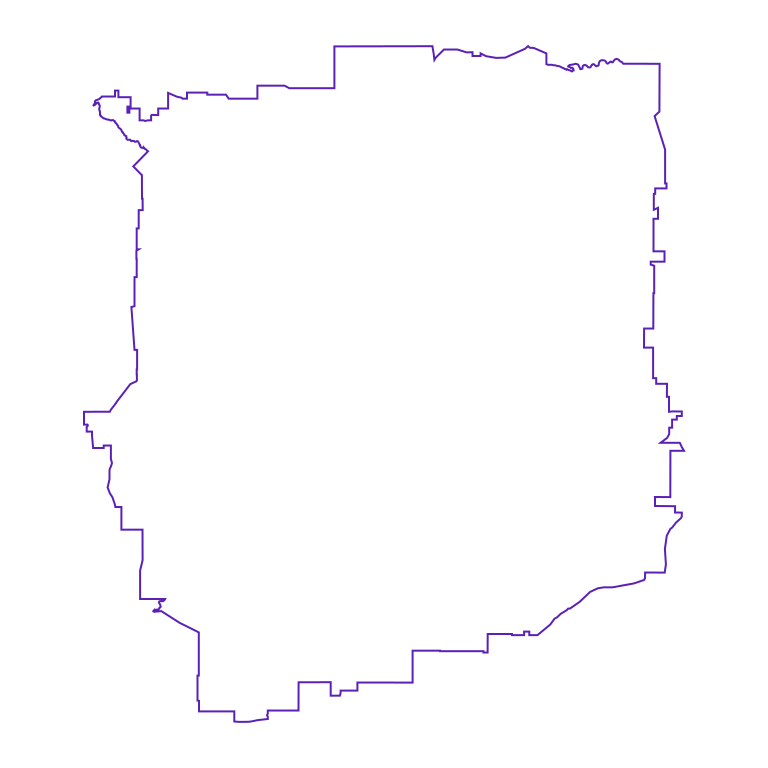 Kojonup, Western Australia, Australia (Natural Earth projection)
{"feature_id": "25037944B18898865249121", "entity_name": "Kojonup", "entity_type": "district", "adm_level": 2, "iso_a3": "AUS", "parent_name": "Australia", "parent_adm1": "Western Australia", "projection": "natural_earth1", "projection_center": [116.95, -33.925], "detail": "fine", "context": "isolated", "style": "outline", "palette": "violet", "viewbox_px": 768, "rotation_deg": 0, "n_neighbors": 0, "source": "geoboundaries", "source_scale": "gbopen_adm2", "svg_char_len": 5906}
<svg xmlns="http://www.w3.org/2000/svg" viewBox="0 0 768 768"><path d="M199.0,711.4L234.3,711.4L234.3,721.5L239.2,721.9L248.3,721.8L251.6,721.4L257.8,720.1L267.8,719.0L267.8,716.7L267.0,715.2L267.8,713.6L267.8,710.5L298.5,710.5L298.6,682.3L330.7,682.2L330.7,695.7L339.9,695.7L340.6,692.9L340.6,690.6L357.4,690.6L357.4,682.5L412.6,682.6L412.6,650.7L440.1,650.7L440.1,651.2L483.5,651.2L483.5,652.5L487.6,652.5L487.7,634.0L512.0,634.0L512.0,635.1L524.1,635.1L524.1,631.6L529.3,631.6L529.3,635.1L537.5,635.1L550.3,624.5L554.6,618.6L557.1,617.3L560.5,614.0L566.8,610.1L568.1,608.6L569.9,608.6L579.6,601.9L590.1,591.9L597.8,588.3L604.0,587.3L612.7,587.3L634.0,583.4L644.0,580.0L645.0,578.4L645.1,572.5L664.7,572.6L665.9,564.4L664.9,548.9L666.8,535.6L670.3,529.0L672.3,527.4L676.0,522.6L680.8,518.3L681.5,517.3L681.8,516.0L681.8,512.6L675.0,512.5L675.1,506.2L655.0,506.0L655.0,497.4L656.0,497.2L655.8,497.0L670.3,497.1L670.4,450.8L684.0,450.8L681.7,446.9L679.8,442.8L660.6,442.8L667.2,437.8L669.2,434.0L669.2,427.7L672.1,427.7L672.1,419.6L676.8,419.6L676.8,416.0L681.8,416.0L681.8,411.5L672.3,411.4L669.0,411.8L669.0,396.8L666.9,396.8L667.0,383.8L656.2,383.8L656.2,378.1L653.1,378.1L653.1,347.6L644.0,347.6L644.1,328.5L653.3,328.5L653.4,293.2L654.2,293.2L654.2,265.7L650.7,264.6L650.7,261.7L664.5,261.7L664.5,251.3L653.5,251.3L653.5,218.8L658.0,218.8L658.0,207.8L653.8,209.8L653.8,194.0L653.9,193.8L655.2,193.8L655.2,188.4L666.5,188.4L666.5,183.4L665.1,183.4L665.1,149.6L654.6,116.1L659.4,111.6L659.6,63.8L623.2,63.7L621.6,61.8L620.4,61.5L619.5,60.8L618.6,59.6L616.8,58.9L615.4,59.2L614.9,59.5L613.4,61.2L612.8,62.3L611.6,62.2L611.1,61.7L610.6,61.6L610.1,61.8L608.4,63.3L607.6,63.6L606.6,63.2L606.3,62.2L605.4,61.0L604.4,60.5L601.9,60.1L600.1,60.9L599.2,62.1L598.9,63.2L598.6,65.3L598.3,65.6L597.3,65.8L596.6,66.2L596.0,66.1L593.8,64.2L593.2,64.1L592.6,64.4L592.3,64.8L591.9,64.8L590.6,67.0L590.3,67.3L589.7,67.5L588.0,67.2L586.5,65.5L585.5,65.1L584.5,65.2L584.2,65.0L583.3,65.5L582.7,66.3L582.4,68.6L581.1,69.1L580.3,69.1L580.0,68.7L579.9,68.2L579.6,67.2L579.2,66.8L578.4,65.0L578.1,64.6L576.9,64.1L575.8,63.8L575.4,63.8L573.5,64.4L569.7,65.0L569.2,65.3L568.3,66.1L568.2,66.5L569.8,67.1L570.8,67.9L572.0,67.7L572.4,67.8L573.3,68.8L573.3,69.4L573.5,69.8L573.6,70.4L572.6,70.4L572.2,71.3L571.6,71.4L570.5,70.6L568.1,69.8L567.2,69.2L566.9,69.3L566.5,69.7L566.0,69.2L564.9,69.1L563.7,68.2L562.4,67.8L560.8,66.9L559.2,66.2L557.8,66.1L555.6,65.4L553.3,65.2L552.1,64.8L548.1,64.8L546.4,64.2L546.4,53.4L533.9,48.0L529.7,47.7L528.1,46.1L525.0,48.8L505.4,57.6L496.2,57.9L486.1,56.2L480.6,53.4L480.6,56.0L472.5,56.0L472.5,52.2L466.7,52.4L457.3,49.5L444.0,49.5L435.8,57.6L434.4,59.9L433.7,53.9L432.4,46.2L334.4,46.4L334.4,88.2L289.3,88.2L284.6,85.7L257.4,85.7L257.4,98.7L228.7,98.7L226.0,94.7L207.5,94.7L207.3,94.7L207.3,92.6L195.0,92.6L187.0,92.6L187.0,98.7L182.4,98.7L181.5,97.7L176.9,96.7L168.1,92.9L168.1,108.5L158.2,108.5L158.2,115.1L151.7,114.9L151.1,115.6L151.1,120.3L147.9,120.3L145.2,121.0L143.6,120.3L139.6,120.3L139.6,108.5L129.4,108.5L129.4,112.7L127.4,112.7L127.4,106.6L130.6,106.6L130.6,97.2L118.4,97.2L118.4,90.6L115.0,90.6L115.0,96.5L101.9,96.5L101.6,97.1L100.7,97.6L99.9,98.5L98.8,99.3L96.0,100.2L95.1,101.0L94.9,101.7L95.1,102.2L95.0,103.0L93.5,105.3L93.8,105.5L94.1,105.2L95.1,104.8L95.6,104.0L96.8,103.4L97.1,102.7L98.1,102.5L98.8,103.2L98.9,104.3L99.7,105.4L99.8,106.2L99.6,106.7L99.5,108.0L99.2,108.7L99.3,109.9L99.6,110.8L99.9,111.2L99.8,111.6L100.0,112.0L100.0,113.1L100.0,114.8L100.4,115.1L100.6,115.5L100.4,115.6L100.6,116.0L101.0,116.4L101.4,116.5L102.0,117.0L102.2,117.3L103.7,118.4L104.4,118.4L106.0,119.2L107.7,119.6L108.0,119.5L108.7,119.8L109.6,119.8L110.2,120.1L110.3,120.3L111.0,120.4L111.6,120.4L111.9,120.2L113.2,120.1L113.9,120.8L114.6,121.0L114.7,121.4L115.0,121.7L114.9,121.9L115.1,122.5L116.1,123.2L116.5,123.6L116.5,123.9L117.0,124.4L117.1,124.8L118.1,125.7L118.3,127.1L119.1,128.0L119.7,128.5L120.4,128.7L120.9,129.5L121.3,129.9L121.9,131.4L122.2,131.7L122.2,132.0L122.9,132.4L123.0,133.0L123.6,133.4L123.9,134.1L124.3,134.5L124.2,134.9L124.9,135.5L126.3,136.2L126.2,136.6L126.3,136.7L126.4,137.4L126.6,137.6L126.6,137.9L126.8,138.3L126.5,138.0L126.3,138.1L126.3,138.5L126.6,138.9L126.8,139.3L127.7,139.8L129.9,139.7L130.9,140.6L130.7,140.6L131.1,141.0L131.5,141.1L131.7,140.8L131.5,140.7L132.2,140.8L134.3,141.1L134.6,141.6L135.0,141.8L136.1,141.7L136.7,141.2L137.7,141.2L138.4,142.1L139.3,144.0L140.1,144.9L140.1,145.5L139.9,145.6L140.1,146.1L140.3,146.5L140.6,146.6L141.0,147.5L141.6,147.7L142.6,147.8L143.0,147.5L143.4,147.5L143.9,147.8L143.8,148.1L144.1,148.1L144.1,147.9L144.9,148.9L146.2,149.5L147.2,150.8L148.0,151.3L133.3,166.4L141.7,175.0L141.9,175.1L142.0,198.7L142.6,198.7L142.7,210.1L138.7,210.1L138.7,228.4L136.7,228.4L136.7,249.3L138.7,249.3L136.4,250.7L136.4,258.8L136.7,258.8L136.7,277.1L134.5,277.1L134.5,306.2L131.4,307.0L134.5,349.9L137.1,349.9L137.1,369.4L136.7,369.4L136.7,374.4L136.9,374.4L136.9,380.5L136.4,381.3L130.3,384.1L116.4,402.2L116.4,402.6L110.8,409.8L110.4,410.5L109.9,411.7L84.0,411.8L84.0,424.6L87.5,424.6L87.7,424.8L87.7,426.0L86.7,426.9L86.7,431.6L92.0,431.6L92.0,435.3L93.1,448.0L103.7,448.0L103.7,445.5L110.9,445.5L110.9,459.3L111.7,461.7L111.9,463.4L110.9,466.5L110.0,468.3L109.5,470.0L109.5,479.3L107.6,487.4L109.8,493.2L112.4,497.2L114.8,504.2L115.4,507.0L121.4,507.0L121.4,529.7L142.5,529.7L142.6,560.2L140.1,570.6L140.1,599.0L165.1,599.0L164.7,599.7L163.7,600.8L162.1,601.3L161.8,600.9L161.0,601.0L159.5,601.3L159.1,601.7L159.0,602.2L159.3,603.1L159.3,603.4L160.2,604.6L160.4,605.4L160.4,606.4L160.7,606.8L160.2,607.4L159.4,607.8L159.3,608.6L158.7,609.1L158.3,609.9L158.0,610.0L157.3,609.6L157.0,609.8L156.5,609.7L155.7,610.1L155.4,610.1L155.0,609.6L154.7,609.5L153.3,611.2L154.0,611.8L161.3,611.1L179.6,622.8L198.8,632.4L198.8,675.6L197.5,675.6L197.5,700.6L199.0,700.8L199.0,711.4Z" fill="none" stroke="#5b21b6" stroke-width="2"/></svg>